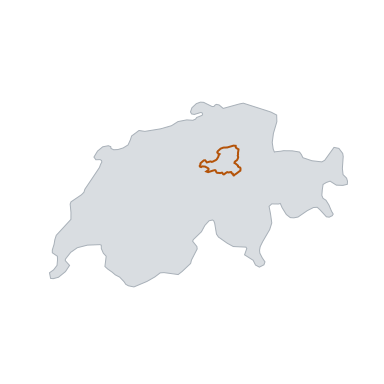 location of Schwyz within Switzerland, rotated 349°
{"feature_id": "CHE-173", "entity_name": "Schwyz", "entity_type": "Canton", "adm_level": 1, "iso_a3": "CHE", "parent_name": "Switzerland", "parent_adm1": "", "projection": "equal_earth", "projection_center": [8.712, 47.055], "detail": "fine", "context": "in_parent", "style": "outline", "palette": "amber", "viewbox_px": 384, "rotation_deg": 349, "n_neighbors": 0, "source": "natural_earth", "source_scale": "10m", "svg_char_len": 3982}
<svg xmlns="http://www.w3.org/2000/svg" viewBox="0 0 384 384"><g transform="rotate(349 192 192)"><path d="M282.8,127.5L284.9,128.7L289.8,132.6L288.7,139.2L283.1,150.0L280.2,158.7L279.9,165.3L280.5,168.5L281.5,168.4L286.9,168.9L289.6,168.9L298.2,170.7L305.2,173.3L306.5,176.1L307.4,179.5L315.7,184.2L325.2,187.2L328.3,186.2L339.9,175.3L344.5,177.2L347.3,182.9L347.2,186.0L344.1,197.6L343.6,203.8L346.4,207.9L346.7,211.1L345.9,214.1L341.3,214.3L335.0,212.8L329.6,207.7L325.6,208.3L322.1,209.6L320.4,214.4L318.8,220.1L319.4,223.2L321.9,225.6L323.9,230.8L325.3,237.5L326.4,240.6L325.2,242.0L321.9,242.9L319.2,242.0L314.3,234.0L312.0,230.9L308.2,230.4L301.6,232.3L291.3,236.8L287.1,236.8L283.6,235.9L280.3,232.1L277.5,224.7L276.5,220.1L274.6,220.3L268.0,218.9L264.9,220.8L264.9,228.3L264.4,237.6L261.1,243.7L251.9,254.2L248.5,258.7L247.2,262.0L246.9,264.9L248.3,269.8L250.3,274.5L248.7,277.2L243.8,278.6L240.4,275.8L239.0,270.7L231.6,263.7L235.0,257.9L234.4,256.4L222.1,253.4L216.8,249.0L209.4,241.3L208.0,238.0L208.3,227.2L207.9,224.6L206.9,223.4L203.3,223.5L198.3,227.2L193.7,232.8L184.2,239.0L183.2,240.4L186.4,246.5L186.2,248.9L178.5,258.7L177.0,261.9L167.2,268.1L162.7,270.4L149.2,265.8L145.4,265.3L139.3,268.3L130.7,271.2L116.9,274.1L111.8,272.0L109.4,270.0L108.2,267.1L104.8,261.8L100.9,258.7L98.2,255.3L94.6,251.6L92.3,248.5L95.5,238.7L93.3,235.2L92.2,230.2L92.8,226.9L91.6,226.1L79.2,224.2L68.8,224.8L61.4,228.1L55.2,233.5L54.5,234.7L54.8,235.7L57.8,240.7L52.6,246.0L44.7,250.2L39.2,250.6L36.7,249.8L36.7,244.1L41.3,242.0L45.5,238.3L47.0,233.1L47.6,229.4L43.3,225.0L43.8,222.3L46.6,217.1L48.3,212.6L50.5,208.6L59.2,202.2L67.9,195.8L69.3,188.9L70.1,180.6L71.3,178.6L83.0,173.6L85.9,171.6L87.4,168.8L96.7,159.5L105.8,150.3L107.7,147.2L109.2,145.4L109.2,143.9L108.1,142.7L103.8,142.0L102.4,139.0L107.1,133.8L113.0,130.6L118.7,130.6L120.9,132.0L120.8,133.8L123.2,135.6L127.5,136.2L132.9,135.6L138.2,133.6L141.5,129.0L143.4,125.5L151.7,121.5L157.3,123.5L173.1,124.0L184.5,123.0L191.7,120.2L200.6,120.2L206.6,121.8L207.6,121.5L209.3,121.2L210.9,119.7L216.5,118.7L217.3,117.5L217.0,116.3L216.0,115.6L209.1,116.3L206.5,115.3L205.8,113.1L208.0,109.3L213.1,106.1L217.4,105.4L220.5,106.2L228.1,112.0L229.9,112.2L231.0,111.2L232.5,110.6L235.2,111.7L238.1,115.3L238.6,115.9L255.5,114.6L259.3,114.6L270.8,120.9L282.8,127.5Z" fill="#d9dde1" stroke="#a8b0b8" stroke-width="1"/><path d="M223.4,178.8L222.9,178.7L221.4,178.2L220.8,178.1L220.4,178.0L219.9,177.6L219.6,176.8L219.3,175.5L219.2,175.2L218.9,175.0L218.6,174.9L216.6,175.0L211.6,175.6L210.0,174.6L212.2,173.5L212.5,173.1L212.7,172.4L212.5,172.0L212.2,171.6L209.6,169.5L206.8,168.8L205.8,169.3L205.0,168.9L204.6,168.5L204.5,168.0L204.6,167.7L205.2,167.1L205.5,166.8L205.6,166.5L205.6,166.0L205.7,165.7L205.9,165.4L206.3,165.1L208.4,163.9L209.1,163.5L209.8,163.2L210.3,163.3L211.0,163.4L212.2,165.8L215.8,165.5L216.1,165.6L216.4,165.7L217.0,166.2L217.6,166.2L218.4,166.1L220.0,165.6L220.9,165.4L221.8,165.1L222.6,164.6L224.5,162.5L225.1,161.2L226.3,160.1L225.0,159.3L224.9,158.8L224.5,158.3L224.4,158.2L224.4,157.9L224.5,157.7L224.6,157.4L225.0,157.0L225.7,156.5L228.4,154.9L231.3,154.4L235.1,155.0L241.6,154.4L243.7,155.0L243.6,155.9L243.5,156.4L243.5,156.6L244.0,157.4L245.8,159.0L244.5,162.7L244.5,163.2L244.3,164.2L244.1,164.6L243.8,165.1L244.0,166.2L243.9,166.9L243.2,168.1L242.7,168.8L242.1,169.4L240.4,170.1L239.6,170.7L239.2,171.6L240.2,172.4L242.2,174.9L242.2,175.0L242.0,175.3L242.0,175.6L242.3,176.1L242.6,176.4L243.7,177.0L244.0,177.4L244.1,178.0L243.9,179.2L243.5,180.3L242.1,180.9L238.9,182.5L238.6,182.6L236.9,183.3L236.5,183.7L236.2,183.8L235.9,183.6L235.7,183.1L235.7,182.1L235.5,181.8L235.1,181.8L234.7,181.4L234.5,181.1L234.4,180.7L234.5,180.3L234.3,179.9L233.8,179.8L231.8,179.8L231.2,179.7L230.7,179.4L230.4,179.2L229.9,179.3L229.1,179.7L228.5,179.9L227.9,180.2L227.2,180.7L226.7,180.8L226.3,180.7L225.8,180.1L225.5,179.1L225.3,178.8L224.9,178.7L223.4,178.8Z" fill="none" stroke="#b45309" stroke-width="2"/></g></svg>